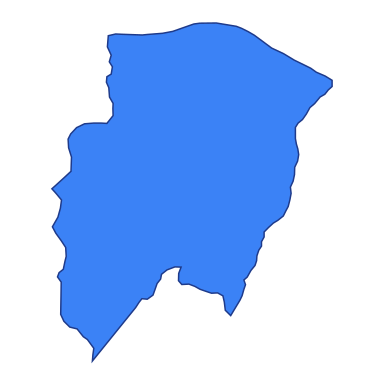 outline of Praia Norte, Tocantins, Brazil
{"feature_id": "56859067B13207175256086", "entity_name": "Praia Norte", "entity_type": "district", "adm_level": 2, "iso_a3": "BRA", "parent_name": "Brazil", "parent_adm1": "Tocantins", "projection": "orthographic", "projection_center": [-47.779, -5.489], "detail": "fine", "context": "isolated", "style": "filled", "palette": "blue", "viewbox_px": 384, "rotation_deg": 0, "n_neighbors": 0, "source": "geoboundaries", "source_scale": "gbopen_adm2", "svg_char_len": 1719}
<svg xmlns="http://www.w3.org/2000/svg" viewBox="0 0 384 384"><path d="M92.4,361.0L135.7,307.5L139.0,302.4L141.9,298.7L147.3,299.2L153.0,295.1L154.9,289.8L157.1,283.5L160.6,279.1L161.5,274.3L167.0,269.9L174.9,266.9L181.1,267.1L178.7,273.4L178.5,280.7L181.8,284.5L188.9,284.1L194.9,286.4L200.1,289.3L206.1,291.4L211.5,293.2L217.6,292.9L222.9,295.8L224.3,302.0L225.3,310.3L230.7,315.6L240.0,300.1L242.1,295.7L243.8,289.6L245.5,284.7L243.9,280.0L247.2,277.1L250.9,270.5L255.0,265.5L256.6,260.7L256.9,255.9L258.8,250.2L261.5,246.1L261.5,241.7L264.1,237.0L264.1,232.0L268.5,227.5L273.3,223.1L277.9,220.3L283.3,216.0L285.9,210.8L288.2,206.5L289.9,199.8L291.1,193.4L290.4,187.1L293.1,181.2L294.5,174.6L294.7,167.3L297.6,161.1L298.7,154.6L297.8,148.9L296.4,144.1L295.4,138.6L295.4,132.4L295.4,127.4L298.1,123.1L302.5,119.5L306.3,114.1L309.9,107.6L314.7,103.5L320.1,97.0L324.9,94.2L328.2,90.0L332.1,86.5L332.1,80.3L325.1,76.0L316.3,72.2L310.7,68.2L294.2,60.1L283.8,53.8L271.7,48.1L254.3,35.2L248.1,31.6L241.5,28.3L236.3,26.3L216.3,23.0L199.9,23.2L193.8,24.0L172.7,31.4L162.5,33.3L147.2,34.5L142.3,35.0L122.3,34.3L115.6,34.0L108.3,35.7L107.4,46.9L111.2,55.2L109.3,61.8L112.4,66.8L111.2,74.1L106.9,76.7L106.4,82.2L108.8,87.7L109.5,97.1L113.1,103.4L112.9,108.5L113.1,115.6L106.9,123.4L101.4,123.1L93.5,123.1L84.5,123.8L76.6,127.6L70.7,133.9L68.1,139.1L68.6,147.8L71.5,157.1L71.0,171.3L62.7,179.0L51.9,188.8L56.3,193.7L61.5,200.0L60.4,208.2L57.9,217.2L52.4,226.8L55.8,233.2L61.3,240.8L65.7,247.5L66.2,256.4L65.0,261.2L63.3,269.3L59.1,272.6L57.5,276.9L61.2,282.1L61.0,296.3L60.7,314.4L63.9,321.3L69.8,327.1L77.1,328.9L83.3,336.7L87.4,339.5L93.8,348.3L92.9,354.8L92.4,361.0Z" fill="#3b82f6" stroke="#1e3a8a" stroke-width="1.5"/></svg>